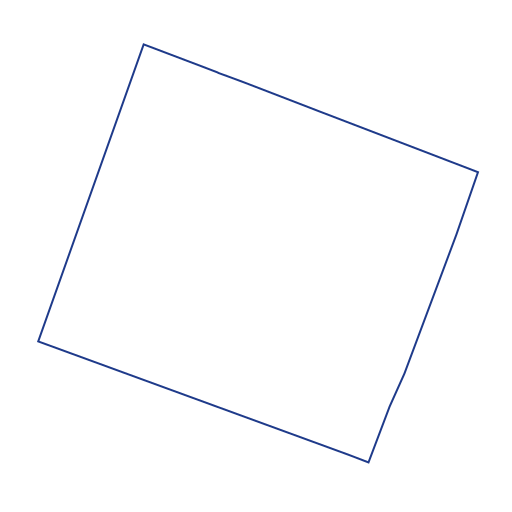 the district of Iroquois, Illinois, United States of America, rotated 291°
{"feature_id": "52423323B9331267703461", "entity_name": "Iroquois", "entity_type": "district", "adm_level": 2, "iso_a3": "USA", "parent_name": "United States of America", "parent_adm1": "Illinois", "projection": "orthographic", "projection_center": [-87.66, 40.748], "detail": "fine", "context": "isolated", "style": "outline", "palette": "blue", "viewbox_px": 512, "rotation_deg": 291, "n_neighbors": 0, "source": "geoboundaries", "source_scale": "gbopen_adm2", "svg_char_len": 379}
<svg xmlns="http://www.w3.org/2000/svg" viewBox="0 0 512 512"><g transform="rotate(291 256 256)"><path d="M413.7,263.8L413.8,182.8L413.6,165.4L413.6,164.7L413.4,155.4L413.6,154.4L413.6,143.2L413.3,75.3L98.2,83.3L103.6,414.9L103.6,435.0L163.3,434.7L199.4,436.7L347.9,435.4L413.8,433.2L413.8,403.0L413.8,402.8L413.7,263.8Z" fill="none" stroke="#1e3a8a" stroke-width="2"/></g></svg>